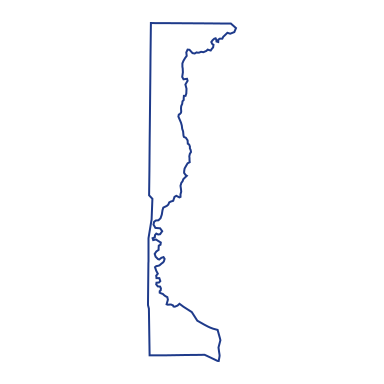 Abaji, Federal Capital Territory, Nigeria
{"feature_id": "59680162B29524904273451", "entity_name": "Abaji", "entity_type": "district", "adm_level": 2, "iso_a3": "NGA", "parent_name": "Nigeria", "parent_adm1": "Federal Capital Territory", "projection": "natural_earth1", "projection_center": [6.872, 8.857], "detail": "fine", "context": "isolated", "style": "outline", "palette": "blue", "viewbox_px": 384, "rotation_deg": 0, "n_neighbors": 0, "source": "geoboundaries", "source_scale": "gbopen_adm2", "svg_char_len": 2790}
<svg xmlns="http://www.w3.org/2000/svg" viewBox="0 0 384 384"><path d="M217.6,329.9L213.1,328.7L210.2,327.6L208.0,326.6L204.2,324.6L197.3,320.7L191.8,312.1L183.4,306.7L181.8,305.5L179.5,303.8L177.5,305.6L174.8,306.7L173.5,306.5L173.0,305.4L170.9,304.5L167.7,304.7L166.6,304.3L167.0,302.8L167.9,299.7L167.3,297.1L165.5,296.2L164.0,295.1L162.9,294.0L161.2,293.4L159.7,292.7L159.7,291.2L160.7,290.3L160.9,288.4L160.1,286.6L157.8,286.4L156.2,284.4L156.5,282.7L159.0,282.5L160.3,281.1L159.3,278.1L156.5,278.1L156.2,275.7L157.8,273.7L156.2,270.7L155.0,267.2L156.3,266.1L157.7,265.9L159.4,265.4L161.6,263.5L163.1,262.4L163.9,261.3L164.6,258.9L163.5,257.1L161.4,257.8L159.2,259.5L158.0,259.1L155.6,256.7L154.7,253.9L156.3,251.5L158.6,249.9L158.6,248.2L158.8,245.6L160.5,244.7L160.8,242.5L158.6,241.2L156.0,239.5L153.2,240.1L152.6,238.2L154.8,237.3L155.0,235.1L156.3,233.6L158.2,234.5L160.1,234.2L162.2,231.2L160.1,228.3L155.4,227.9L153.5,224.6L154.1,221.8L155.8,220.5L158.4,220.3L160.5,218.3L161.8,214.6L162.5,210.2L163.3,207.6L166.8,205.9L168.3,204.6L169.2,202.4L170.9,201.5L171.0,201.5L173.2,200.8L174.5,196.9L176.3,195.8L179.4,197.4L180.5,196.9L180.5,194.3L181.2,191.7L181.0,189.3L180.5,185.8L181.4,182.7L182.5,181.4L183.3,179.2L185.0,177.5L186.8,175.8L185.6,175.0L184.1,172.9L184.2,170.9L184.6,168.5L186.3,165.5L187.6,163.3L189.7,162.2L189.5,160.0L189.5,158.1L189.3,156.3L189.9,153.7L191.0,152.0L190.6,149.8L189.9,148.5L189.9,148.3L189.9,146.5L189.1,144.5L187.8,143.7L187.6,140.4L185.9,137.8L183.9,136.9L183.5,135.6L183.1,131.4L182.2,128.8L181.8,125.6L181.0,122.7L178.4,116.6L178.8,114.6L179.9,114.0L181.0,112.7L181.2,111.4L181.0,108.5L181.2,106.1L182.2,103.9L182.5,101.3L183.7,100.0L183.7,98.3L183.9,95.9L185.5,95.9L186.3,93.5L186.5,88.7L185.4,84.5L186.5,82.6L187.6,80.8L187.0,78.8L183.5,79.3L182.2,76.9L182.9,72.3L182.7,68.4L182.4,66.8L182.4,63.4L183.5,60.7L185.2,57.9L186.7,55.9L186.3,52.4L187.6,49.6L189.5,49.8L192.5,53.1L194.7,53.5L196.6,52.4L197.6,52.7L198.9,52.7L201.1,51.8L203.4,52.2L206.4,50.9L207.7,49.6L208.8,50.0L210.7,50.5L211.8,48.9L213.1,47.4L213.5,44.8L212.2,43.9L211.3,42.0L212.6,40.2L214.3,38.7L215.6,38.3L216.3,39.8L216.5,41.5L218.2,42.0L218.4,39.6L219.7,38.7L222.3,38.7L223.3,36.7L224.1,36.0L227.4,32.8L230.2,33.7L234.3,32.1L236.0,28.1L230.8,23.5L228.3,23.5L220.1,23.5L209.2,23.4L160.0,23.1L154.5,23.1L150.9,23.0L150.5,57.0L150.4,70.0L149.8,128.7L149.7,137.1L149.4,171.5L149.1,195.3L152.4,198.8L151.6,219.4L148.5,238.2L148.5,261.5L148.4,263.0L148.0,302.6L148.0,305.1L148.9,308.7L149.6,355.3L154.4,355.3L164.7,355.3L164.9,355.3L166.9,355.3L167.2,355.3L185.8,355.0L197.7,354.9L204.6,354.8L207.0,355.9L217.5,360.9L218.7,361.0L219.3,357.7L219.6,355.8L219.5,354.6L219.1,352.0L218.5,347.5L220.4,340.2L219.9,338.1L217.6,329.9Z" fill="none" stroke="#1e3a8a" stroke-width="2"/></svg>